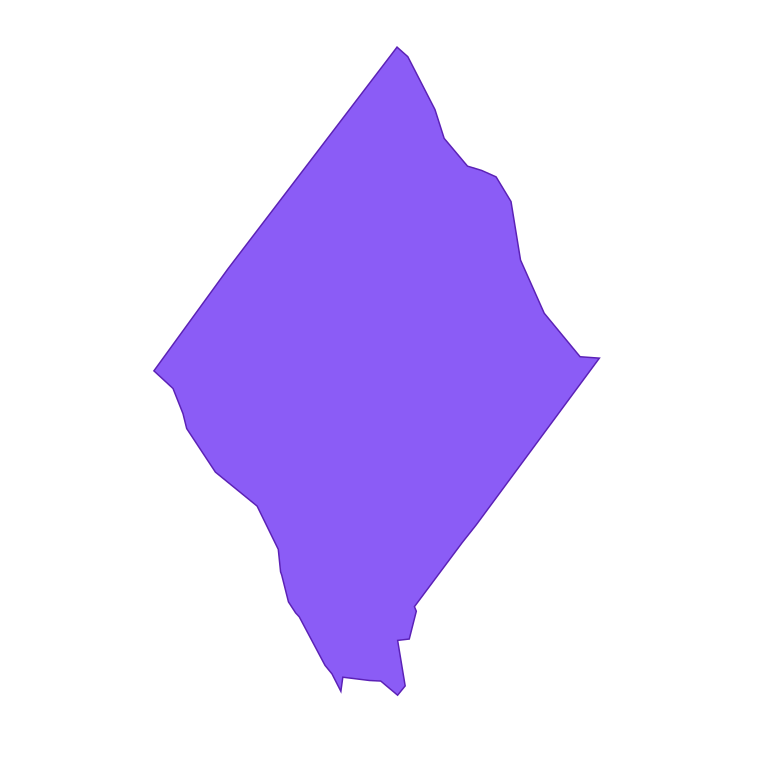 Albany, New York, United States of America, rotated 136°
{"feature_id": "52423323B67077901806593", "entity_name": "Albany", "entity_type": "district", "adm_level": 2, "iso_a3": "USA", "parent_name": "United States of America", "parent_adm1": "New York", "projection": "albers", "projection_center": [-73.917, 42.614], "detail": "fine", "context": "isolated", "style": "filled", "palette": "violet", "viewbox_px": 768, "rotation_deg": 136, "n_neighbors": 0, "source": "geoboundaries", "source_scale": "gbopen_adm2", "svg_char_len": 687}
<svg xmlns="http://www.w3.org/2000/svg" viewBox="0 0 768 768"><g transform="rotate(136 384 384)"><path d="M211.1,253.0L224.0,267.4L219.6,323.6L199.7,378.3L165.9,427.0L159.5,455.1L165.4,469.8L172.6,482.7L170.1,518.9L156.7,546.0L139.5,602.9L140.6,617.3L148.2,616.1L415.9,575.3L540.4,553.3L538.9,527.3L549.2,502.3L556.9,489.0L566.5,437.7L560.1,384.4L560.2,384.0L574.9,338.5L588.9,320.7L590.3,317.6L604.1,293.6L606.6,280.7L606.7,275.4L621.9,222.5L622.8,211.6L628.5,192.9L617.3,201.7L600.4,180.8L592.7,172.6L590.4,150.7L578.5,152.1L552.3,190.1L543.0,183.0L518.6,198.1L516.8,202.7L437.9,215.6L415.5,218.6L272.3,242.7L211.1,253.0Z" fill="#8b5cf6" stroke="#5b21b6" stroke-width="1.5"/></g></svg>